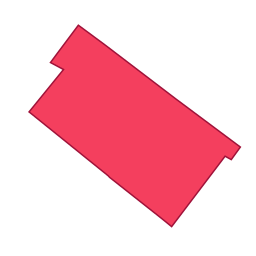 the district of Holmes, Ohio, United States of America, rotated 37°
{"feature_id": "52423323B45716544412555", "entity_name": "Holmes", "entity_type": "district", "adm_level": 2, "iso_a3": "USA", "parent_name": "United States of America", "parent_adm1": "Ohio", "projection": "mercator", "projection_center": [-81.953, 40.556], "detail": "fine", "context": "isolated", "style": "filled", "palette": "rose", "viewbox_px": 256, "rotation_deg": 37, "n_neighbors": 0, "source": "geoboundaries", "source_scale": "gbopen_adm2", "svg_char_len": 336}
<svg xmlns="http://www.w3.org/2000/svg" viewBox="0 0 256 256"><g transform="rotate(37 128 128)"><path d="M60.0,75.5L26.5,75.8L26.6,110.0L26.7,122.4L41.3,120.1L39.3,174.7L141.0,178.1L143.1,178.5L208.2,180.0L222.2,180.5L222.5,92.1L229.5,91.1L229.2,75.6L148.6,76.0L60.0,75.5Z" fill="#f43f5e" stroke="#9f1239" stroke-width="1.5"/></g></svg>